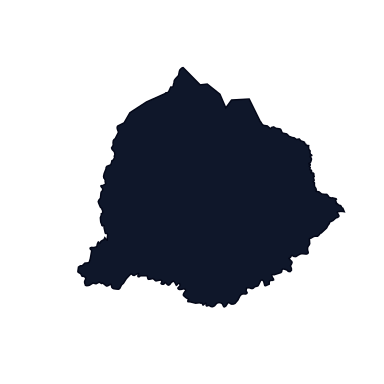 San Andres, Lempira, Honduras (orthographic projection), rotated 249°
{"feature_id": "27666195B74503802640136", "entity_name": "San Andres", "entity_type": "district", "adm_level": 2, "iso_a3": "HND", "parent_name": "Honduras", "parent_adm1": "Lempira", "projection": "orthographic", "projection_center": [-88.635, 14.237], "detail": "fine", "context": "isolated", "style": "filled", "palette": "ink", "viewbox_px": 384, "rotation_deg": 249, "n_neighbors": 0, "source": "geoboundaries", "source_scale": "gbopen_adm2", "svg_char_len": 5962}
<svg xmlns="http://www.w3.org/2000/svg" viewBox="0 0 384 384"><g transform="rotate(249 192 192)"><path d="M250.1,130.0L249.9,128.4L248.3,127.4L246.5,125.9L246.5,121.8L245.8,120.7L244.3,119.9L240.7,116.6L238.4,115.1L236.7,114.7L235.6,115.1L234.2,115.2L232.7,114.6L230.7,114.4L230.4,113.9L230.0,111.1L230.5,109.5L230.4,109.2L229.7,109.0L227.4,109.8L226.1,109.4L225.2,108.7L224.7,107.5L223.8,106.7L219.0,104.3L217.8,102.1L216.6,101.0L215.1,100.9L211.6,101.0L210.5,101.1L208.8,102.0L208.0,101.7L206.8,101.9L204.5,101.2L204.1,99.4L203.2,99.3L200.8,97.2L197.3,96.2L196.2,96.0L194.6,96.1L193.1,95.9L192.5,96.3L192.6,97.3L191.9,97.7L190.1,97.1L184.8,96.3L184.1,96.7L183.7,97.7L183.0,98.1L181.8,97.7L179.8,96.6L177.4,95.6L177.5,95.3L178.3,94.9L180.6,94.2L178.9,92.5L179.0,91.3L178.6,89.4L177.3,87.7L177.5,87.0L178.2,86.7L178.8,86.8L178.8,86.4L177.5,85.1L175.4,83.7L175.1,83.3L175.2,81.3L175.5,80.0L176.3,78.3L176.3,77.0L176.0,76.7L175.4,76.6L174.9,76.7L174.1,77.3L172.8,77.1L166.1,73.1L163.3,70.9L163.1,69.7L164.0,66.5L162.5,63.1L163.1,61.3L162.6,59.1L158.8,57.0L158.2,56.9L157.7,57.1L155.7,58.8L152.7,59.2L151.8,61.1L150.0,62.0L148.6,61.3L147.2,59.8L146.0,59.3L144.6,59.1L143.4,59.3L143.1,59.1L142.4,59.8L141.9,61.3L141.7,62.9L142.5,66.9L140.7,69.5L141.1,73.1L139.1,74.6L138.9,75.0L139.1,75.7L138.9,76.1L135.4,78.1L134.8,78.6L134.6,79.7L135.0,82.6L134.9,83.2L134.4,83.4L131.7,83.0L130.7,83.4L129.9,84.1L129.0,85.6L127.6,88.4L127.6,89.3L128.0,90.2L130.5,92.9L131.4,95.3L134.6,99.6L137.3,105.1L137.3,105.6L136.9,106.3L136.5,106.7L135.5,107.0L134.8,108.1L135.3,111.7L135.2,112.8L134.9,112.9L133.1,111.4L132.5,111.3L132.1,111.5L131.8,112.5L132.2,113.5L132.2,114.0L130.1,119.5L129.4,120.1L127.5,119.8L126.5,119.8L126.1,120.1L125.7,121.2L125.2,124.5L124.0,125.3L122.6,125.9L121.9,126.5L121.1,131.1L119.7,132.1L117.6,130.3L116.7,130.9L116.2,131.9L116.1,132.6L116.4,133.3L117.2,134.1L117.3,134.5L114.1,136.0L113.6,136.5L113.4,137.0L113.7,138.3L115.0,140.3L115.5,142.6L114.2,143.5L110.5,143.9L110.6,144.6L111.5,146.3L111.4,147.0L111.1,147.5L110.0,147.6L108.8,147.2L107.5,144.5L106.9,144.3L106.0,144.7L105.4,145.5L104.9,147.2L104.6,149.6L104.1,150.3L103.4,150.7L102.6,150.8L101.9,150.6L101.5,149.6L100.5,148.2L99.6,147.3L98.9,147.0L98.3,147.0L95.8,148.3L93.1,150.3L92.5,150.1L92.2,149.4L91.8,149.0L91.3,148.9L91.0,149.0L90.2,150.8L86.9,155.5L85.9,159.3L85.1,160.3L84.8,161.3L84.6,161.5L82.5,161.8L82.5,162.2L83.3,164.2L83.3,165.0L82.7,165.0L81.1,164.6L80.5,164.7L80.2,165.1L80.3,166.3L79.8,167.5L78.4,168.5L77.6,169.7L77.5,170.9L77.7,172.3L79.0,174.7L79.3,175.6L79.2,177.0L78.8,178.2L78.0,179.3L76.9,180.2L73.6,180.5L73.3,180.8L73.1,181.2L73.4,182.7L75.3,185.3L75.7,186.4L75.3,187.1L73.8,188.0L73.2,188.6L72.5,190.6L72.6,192.3L74.6,196.0L77.7,199.4L78.5,200.8L78.7,202.8L77.5,205.7L77.7,206.9L78.3,207.4L80.3,207.1L82.7,208.4L82.6,209.5L82.1,211.1L80.6,212.8L80.2,213.9L80.3,215.0L80.8,215.9L81.0,216.6L80.7,219.7L80.9,220.2L82.1,221.6L84.5,224.1L84.9,225.1L84.7,226.1L83.6,226.7L82.5,226.8L78.7,226.4L78.3,226.7L78.1,227.2L78.3,231.1L80.6,232.0L81.2,232.9L81.2,233.9L80.6,235.7L80.7,236.7L81.6,236.9L83.5,236.5L85.0,236.4L85.7,236.7L86.0,237.2L85.9,238.0L85.3,239.0L84.9,246.0L85.4,247.1L86.5,247.7L87.4,248.5L87.5,249.3L87.0,250.4L85.6,252.1L84.9,252.8L83.6,253.3L82.9,254.1L82.5,255.1L83.3,256.8L85.0,257.4L87.7,257.4L89.5,259.5L90.5,260.2L91.5,260.2L92.8,259.5L95.3,258.8L95.9,260.8L96.9,261.9L97.0,262.7L95.5,263.8L94.6,265.4L94.5,266.1L95.1,268.8L95.3,271.4L94.8,273.0L93.1,276.4L93.0,277.5L93.2,278.3L94.0,278.9L96.3,279.1L98.2,279.8L99.0,280.3L100.0,281.4L100.6,282.5L101.6,283.4L105.9,284.7L106.4,285.1L106.3,286.6L106.8,289.6L106.6,291.0L105.7,293.4L105.9,294.0L106.7,295.8L107.6,296.9L107.4,297.9L110.2,304.8L112.1,306.9L113.3,308.9L114.5,309.5L114.8,313.3L116.2,316.9L116.1,318.8L116.4,320.0L116.8,320.5L117.5,320.7L120.8,320.2L121.2,320.5L121.2,321.5L120.7,323.6L119.9,325.6L119.0,327.1L122.8,327.0L123.7,326.2L125.5,326.1L126.5,325.4L127.2,324.2L128.8,323.6L129.5,322.5L129.9,322.6L130.5,323.1L131.7,322.9L132.9,323.2L133.3,323.5L133.5,324.2L134.1,324.1L136.2,321.1L136.5,319.9L137.9,318.1L139.8,317.7L141.5,317.0L142.3,314.9L143.7,312.3L146.7,310.6L147.5,309.3L147.8,308.4L148.2,308.1L149.3,308.7L150.4,308.9L151.2,308.9L152.5,308.5L153.5,308.5L155.1,308.9L156.6,309.6L157.1,309.5L157.7,308.9L158.2,308.9L158.6,309.1L158.9,310.0L159.3,310.3L162.3,310.5L162.5,310.7L162.5,311.5L163.0,311.8L163.5,311.7L164.0,311.2L164.4,311.2L164.8,311.5L164.9,312.2L165.3,312.3L166.0,312.1L166.6,311.6L166.7,310.4L167.1,310.0L167.7,310.0L168.3,311.0L169.1,311.2L169.8,311.0L170.5,310.1L171.0,310.0L172.3,311.1L172.8,311.1L173.5,310.7L174.1,310.7L174.4,311.1L174.6,311.9L175.1,312.2L175.7,312.1L176.1,311.3L176.6,311.3L177.0,311.8L177.0,312.7L177.3,313.3L178.4,314.3L179.8,315.3L180.8,315.5L182.3,314.9L183.1,315.2L183.3,315.8L183.0,316.6L183.3,317.0L183.8,316.9L184.4,316.3L185.0,316.1L186.3,316.2L188.1,317.0L190.0,316.3L191.6,316.8L192.9,316.8L193.2,317.0L193.2,317.5L193.5,317.6L194.7,315.3L195.8,315.4L197.0,314.4L198.0,314.9L198.9,314.2L200.7,312.0L203.1,311.1L203.6,308.4L206.0,306.8L207.0,305.0L209.1,302.7L209.8,302.2L211.2,301.8L212.4,301.1L214.6,297.6L215.2,297.4L218.5,297.3L219.0,297.1L219.8,296.1L221.4,293.1L223.5,291.6L223.7,289.9L223.7,289.3L223.1,288.6L223.3,287.7L226.7,286.0L228.7,282.5L230.7,281.6L232.5,281.4L233.2,281.0L258.3,278.7L263.7,261.9L258.4,253.7L273.3,253.1L287.3,244.9L289.1,238.0L311.3,228.3L311.5,227.4L311.0,225.8L310.3,224.4L309.3,223.5L305.6,221.2L303.8,217.4L302.6,215.6L301.8,215.0L300.6,214.5L299.4,213.5L297.3,212.2L296.9,211.1L297.2,210.4L297.6,210.1L297.6,209.8L293.8,205.9L293.6,204.4L294.0,203.2L293.5,202.0L292.4,181.8L288.3,162.5L280.9,153.4L280.2,146.2L279.4,145.4L278.4,145.0L276.9,144.8L274.6,144.8L273.9,144.5L269.3,139.4L268.9,138.0L268.1,136.9L266.4,136.0L263.9,135.2L262.0,132.7L260.3,132.7L257.4,133.9L254.7,133.5L253.2,132.2L252.5,132.3L251.9,132.0L250.1,130.0Z" fill="#0f172a" stroke="#020617" stroke-width="1.5"/></g></svg>